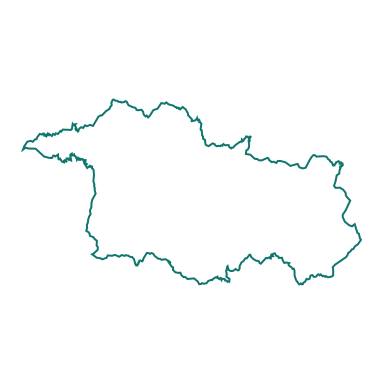 San Jacinto, Bolívar, Colombia (Equal Earth projection)
{"feature_id": "7082276B39027064553052", "entity_name": "San Jacinto", "entity_type": "district", "adm_level": 2, "iso_a3": "COL", "parent_name": "Colombia", "parent_adm1": "Bolívar", "projection": "equal_earth", "projection_center": [-75.131, 9.84], "detail": "fine", "context": "isolated", "style": "outline", "palette": "teal", "viewbox_px": 384, "rotation_deg": 0, "n_neighbors": 0, "source": "geoboundaries", "source_scale": "gbopen_adm2", "svg_char_len": 5978}
<svg xmlns="http://www.w3.org/2000/svg" viewBox="0 0 384 384"><path d="M333.1,275.6L333.2,269.5L332.7,267.3L335.0,264.7L345.8,257.3L347.3,255.5L348.2,252.9L350.0,251.8L352.0,249.3L353.2,249.1L355.1,246.2L357.8,244.4L361.0,239.8L359.9,238.3L358.9,233.7L357.4,232.9L354.7,224.2L352.0,226.3L349.1,225.2L344.9,221.8L342.8,217.3L342.7,214.8L345.8,210.1L350.2,200.6L346.5,196.6L345.8,194.9L345.6,192.8L343.3,189.8L339.9,187.7L335.4,187.8L334.0,185.7L335.4,181.9L336.7,175.4L339.2,173.6L339.6,170.2L340.2,168.9L340.1,167.2L340.6,167.5L341.2,165.4L341.8,166.0L342.7,165.4L342.6,163.7L341.2,162.5L339.6,163.5L339.4,161.7L338.4,161.2L335.9,162.5L335.7,163.6L334.5,164.5L334.5,165.4L333.1,165.5L331.9,162.5L330.1,161.4L329.9,160.4L328.0,159.0L326.5,156.7L323.5,156.2L316.5,156.6L315.2,155.4L313.6,155.0L311.8,156.7L309.9,159.7L305.6,167.8L302.6,168.4L299.4,167.3L297.6,163.9L290.4,165.9L285.4,162.3L281.1,161.1L277.9,160.9L276.4,162.9L273.5,161.7L271.6,162.1L269.0,159.9L268.4,158.3L267.3,157.9L261.8,160.4L259.0,160.3L257.1,159.0L254.8,158.8L250.3,154.7L245.9,154.0L246.3,150.4L247.9,149.4L248.8,147.8L249.2,143.9L248.8,142.4L249.6,141.1L248.7,141.1L248.6,140.3L250.4,137.5L250.6,136.7L250.1,136.5L248.5,137.9L247.6,136.6L246.0,136.5L245.5,138.1L244.2,139.0L243.4,140.7L242.1,139.7L242.3,140.8L241.7,141.8L241.2,141.3L239.4,142.2L235.4,145.1L233.0,147.7L231.8,147.6L231.1,148.4L229.4,147.2L228.6,145.1L224.8,145.2L223.4,144.1L222.2,145.8L221.2,145.3L220.0,146.2L218.6,145.8L216.8,146.2L215.0,145.2L214.6,144.1L212.6,143.4L208.7,146.1L206.2,145.2L205.4,143.9L205.0,139.9L203.0,138.7L203.1,136.5L202.2,135.6L201.7,130.3L200.8,130.0L200.6,129.3L201.4,123.6L200.2,122.6L199.7,121.2L199.2,121.5L199.2,119.8L198.6,119.5L197.7,120.1L197.1,118.0L196.6,119.1L194.8,120.6L191.7,121.1L191.9,119.3L188.0,115.1L187.9,113.4L185.9,109.6L182.7,107.0L180.2,109.3L179.5,108.3L178.8,108.7L178.4,107.8L176.9,108.1L176.5,107.2L175.5,107.2L173.5,105.7L168.5,104.3L166.4,102.4L164.8,103.7L161.3,103.1L157.6,108.6L153.3,110.2L149.8,115.8L148.1,117.4L146.8,115.6L145.7,116.5L144.2,115.1L143.5,114.0L143.2,112.0L142.1,110.3L141.2,109.7L138.1,110.3L136.5,109.9L136.0,108.6L134.7,107.5L133.3,107.4L128.5,105.2L126.5,101.5L125.3,101.2L124.3,102.0L121.3,102.5L120.7,101.9L118.5,101.9L117.4,100.8L115.4,100.7L113.9,99.6L112.7,99.8L112.3,100.6L111.4,103.0L111.7,105.2L110.0,107.4L109.6,108.8L106.0,111.1L102.0,115.4L100.9,115.3L98.4,116.7L93.0,125.9L90.1,124.9L87.0,126.2L85.1,125.3L83.1,128.0L81.3,127.2L80.5,127.5L78.7,129.5L78.3,131.4L77.9,131.5L76.7,129.2L76.3,130.2L75.8,129.9L75.5,128.6L76.2,128.2L76.1,127.4L74.7,125.8L75.7,124.2L73.4,124.6L72.7,123.8L71.9,129.0L71.0,129.9L62.8,129.6L61.2,131.6L60.4,131.0L57.9,134.0L55.7,133.3L54.8,134.9L53.1,133.9L51.8,136.0L48.9,133.7L48.4,134.0L48.5,135.2L47.9,135.1L47.5,134.1L46.5,136.1L46.0,135.2L45.5,135.9L44.2,135.6L44.4,134.2L44.0,133.6L42.9,133.6L42.0,134.6L39.8,133.9L36.9,137.7L36.6,139.1L35.1,139.4L32.7,141.8L30.6,140.8L27.2,141.8L24.2,146.4L23.0,149.6L25.6,147.7L28.2,148.5L35.6,148.7L44.0,156.5L48.9,157.8L52.0,158.0L53.2,155.7L53.9,155.5L55.3,156.5L58.0,154.6L58.4,159.0L58.9,159.4L60.0,158.6L62.1,161.7L64.0,162.3L63.9,161.0L64.6,160.3L66.8,162.2L66.3,161.0L66.5,158.5L67.8,158.4L68.7,159.6L69.6,158.6L70.5,159.3L70.0,160.0L71.1,160.5L70.3,155.3L71.4,155.4L71.1,154.0L71.8,153.6L71.9,154.7L72.6,155.2L74.0,154.4L74.1,155.7L75.6,156.3L76.2,158.0L77.0,157.8L77.0,159.7L78.2,158.3L79.0,159.9L79.4,159.7L79.1,158.7L79.5,158.4L80.5,158.9L80.7,159.7L82.4,159.0L83.6,160.9L83.9,159.9L85.7,160.2L85.0,162.7L84.3,162.5L84.1,163.0L84.9,164.2L85.4,163.3L86.8,164.1L85.8,165.6L87.2,168.0L90.0,165.7L90.4,165.8L90.5,166.9L92.1,166.7L92.0,168.3L93.3,169.3L93.6,170.4L94.0,174.9L93.4,181.3L94.4,184.5L94.1,186.3L94.8,188.0L94.6,189.7L95.6,193.7L92.3,199.6L91.5,203.0L91.4,207.0L89.9,210.6L90.6,214.2L89.1,216.5L88.2,219.7L87.8,222.8L86.9,224.8L87.1,227.7L86.3,230.9L88.7,232.3L89.6,233.8L89.9,235.8L93.6,237.3L94.4,238.7L96.9,240.9L96.6,245.6L97.8,247.1L97.7,249.8L93.5,253.7L92.1,254.3L96.7,257.7L100.6,258.3L102.3,259.3L106.5,257.8L107.8,255.4L111.9,255.8L115.0,254.9L119.1,256.7L121.9,255.0L124.5,255.9L125.2,255.3L128.0,255.5L129.9,256.8L132.1,257.0L134.0,259.2L135.3,264.1L135.9,264.3L136.1,265.4L137.3,265.5L137.4,264.7L138.4,263.9L138.4,262.5L139.0,262.3L139.3,260.7L140.5,260.5L142.1,261.4L142.9,260.5L143.4,258.6L146.8,253.0L149.0,253.2L149.8,253.9L151.6,253.0L153.4,253.9L154.4,255.7L158.2,258.7L160.0,258.8L161.5,259.8L165.4,259.2L168.6,260.9L170.3,262.4L169.9,263.5L169.4,263.3L171.9,266.9L173.1,267.3L173.0,269.8L175.2,272.2L178.4,272.9L180.4,272.7L181.4,275.2L183.6,277.1L185.4,277.1L187.5,279.0L194.0,278.4L197.7,281.4L199.2,284.2L201.3,283.9L202.0,283.2L203.9,283.7L206.5,283.2L208.1,281.1L211.4,279.8L212.2,280.1L213.2,278.8L216.1,277.1L217.0,277.8L217.6,277.0L218.0,278.2L218.8,278.8L219.7,278.4L220.1,279.0L220.7,278.2L221.6,279.9L222.0,278.7L224.4,279.0L225.1,279.7L225.1,280.5L226.8,280.7L227.5,281.9L228.5,281.4L229.3,281.7L229.5,278.9L226.4,276.7L226.8,274.7L226.1,270.9L226.7,269.8L227.2,266.6L227.6,266.2L228.5,269.8L230.5,271.0L233.0,270.9L235.7,269.0L237.6,270.3L238.6,270.3L239.6,268.7L239.6,266.2L241.4,262.5L243.5,261.0L245.3,258.3L246.8,258.3L249.5,254.7L250.3,254.8L251.0,256.7L253.0,258.8L256.0,260.6L258.8,261.2L259.5,262.9L260.8,263.7L266.1,257.9L267.4,258.2L269.6,257.3L270.0,258.3L270.8,258.5L270.9,256.5L273.1,256.2L272.1,254.7L271.1,255.4L271.5,254.4L274.8,253.3L276.1,255.6L278.4,256.6L278.8,257.9L282.0,257.8L282.7,260.3L284.4,263.0L286.1,262.5L289.2,263.1L288.5,264.0L288.7,265.3L291.8,267.6L292.6,269.0L293.8,268.7L294.5,270.7L294.6,275.6L295.1,277.4L296.3,280.5L299.2,284.4L300.9,283.5L301.8,284.4L302.8,284.2L303.2,282.9L305.0,281.8L306.6,278.9L308.1,279.4L309.5,278.8L310.5,275.7L311.8,275.1L312.5,275.1L313.7,276.8L314.6,276.9L316.1,276.6L317.9,274.4L318.7,274.4L319.7,275.3L320.7,274.4L322.5,276.2L323.3,275.8L325.3,276.8L325.9,276.1L327.9,277.3L331.3,276.7L333.1,275.6Z" fill="none" stroke="#0f766e" stroke-width="2"/></svg>